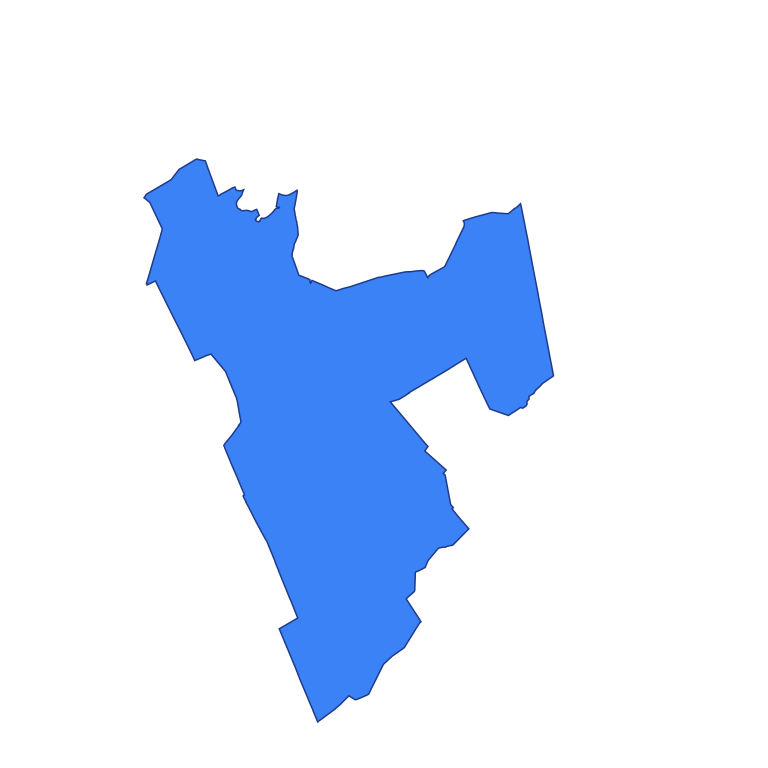 Albesti, Constanta, Romania (Robinson projection), rotated 246°
{"feature_id": "2599482B76974698099004", "entity_name": "Albesti", "entity_type": "district", "adm_level": 2, "iso_a3": "ROU", "parent_name": "Romania", "parent_adm1": "Constanta", "projection": "robinson", "projection_center": [28.424, 43.8], "detail": "fine", "context": "isolated", "style": "filled", "palette": "blue", "viewbox_px": 768, "rotation_deg": 246, "n_neighbors": 0, "source": "geoboundaries", "source_scale": "gbopen_adm2", "svg_char_len": 6063}
<svg xmlns="http://www.w3.org/2000/svg" viewBox="0 0 768 768"><g transform="rotate(246 384 384)"><path d="M102.3,186.0L102.5,186.9L106.1,203.2L107.0,207.0L109.2,214.2L111.5,220.0L112.9,223.9L113.5,225.0L107.9,228.8L107.5,229.1L107.0,230.2L106.9,231.0L106.8,234.8L106.7,242.5L107.0,243.9L128.1,269.4L132.0,280.7L134.9,295.3L148.2,314.8L151.3,319.5L151.8,321.1L178.6,316.9L179.0,317.6L180.2,321.1L181.4,325.4L182.0,327.0L182.5,327.8L183.0,328.2L198.9,335.9L199.2,336.3L199.4,336.7L199.4,337.1L199.3,338.6L199.4,343.2L199.6,346.5L199.7,347.0L200.3,347.7L203.7,351.2L205.0,352.8L211.8,366.8L211.8,367.2L211.2,370.4L210.7,372.3L209.9,373.6L210.1,375.1L209.9,376.3L209.0,380.8L208.8,381.1L209.0,381.8L217.2,402.6L230.9,398.4L242.3,395.3L242.8,397.0L246.9,395.9L275.9,402.8L278.2,401.8L280.1,405.8L306.2,394.0L306.3,394.1L309.0,398.7L319.4,395.6L327.8,393.2L337.0,390.6L365.1,382.5L364.9,383.2L364.9,384.1L364.5,386.5L364.1,390.2L363.9,391.6L363.9,392.4L364.1,393.7L364.3,394.7L364.4,396.0L364.6,397.6L364.9,399.6L365.2,401.1L365.5,403.4L365.6,403.6L365.9,403.4L371.3,449.6L371.6,451.0L373.2,462.5L374.1,469.5L371.9,469.5L368.1,469.6L362.9,469.6L360.1,469.7L349.0,469.8L343.2,469.8L323.3,470.3L318.1,470.5L304.6,484.9L304.9,486.3L305.5,489.9L305.8,492.5L307.0,499.3L305.5,500.7L306.0,504.5L306.3,504.7L306.9,506.1L307.2,506.3L307.7,506.6L309.3,507.2L310.1,507.8L310.3,508.2L310.6,509.0L310.8,509.6L311.3,510.5L311.5,510.6L313.4,511.0L313.5,511.1L313.6,511.3L313.7,512.0L314.3,514.1L314.3,515.8L314.5,516.3L314.8,517.6L316.3,519.4L316.7,520.2L318.6,525.9L320.0,529.0L322.5,542.2L333.6,544.8L341.9,546.7L348.4,548.3L374.2,554.3L382.5,556.4L391.5,558.5L400.2,560.5L403.5,561.4L425.6,566.5L442.4,570.5L447.8,571.7L457.4,574.1L465.6,575.9L467.9,576.4L472.0,577.4L492.4,582.0L493.2,582.0L492.6,580.5L491.2,576.1L491.3,575.2L491.3,574.9L489.1,567.2L489.1,566.8L489.2,566.4L490.4,564.0L493.8,557.7L496.5,553.0L497.0,551.5L498.4,542.2L499.5,535.4L500.5,527.3L500.9,523.3L500.9,522.9L500.7,522.9L500.6,522.7L499.6,522.9L499.1,522.9L498.2,522.7L497.4,522.4L495.6,521.4L494.9,520.6L490.4,515.3L484.3,508.1L483.9,507.6L483.0,506.8L481.1,504.6L467.6,488.5L466.8,487.4L466.7,487.2L466.4,486.3L466.3,485.4L465.3,473.2L465.0,470.5L464.7,469.6L464.5,469.0L464.0,468.2L463.2,467.4L463.3,467.2L470.3,466.8L471.0,466.6L471.3,466.3L472.4,464.4L474.6,458.0L475.0,456.4L475.0,456.0L475.3,455.5L475.9,453.6L476.0,453.3L476.9,451.3L477.8,448.7L478.2,447.3L478.3,446.3L478.4,446.1L481.9,430.1L483.1,423.6L483.2,423.4L483.4,423.3L483.6,423.0L483.7,422.3L486.7,392.0L487.9,385.3L488.6,378.2L494.7,372.4L499.2,368.5L507.3,360.9L507.9,360.3L505.8,358.0L506.2,357.7L507.0,357.9L508.7,358.5L509.3,358.7L510.0,358.1L510.3,358.1L513.3,355.1L516.6,352.0L517.7,350.6L518.0,350.5L520.0,350.6L536.0,351.9L537.0,351.9L537.8,351.9L538.3,352.0L539.0,352.5L540.0,353.0L540.8,353.4L541.5,353.9L543.5,355.5L545.0,356.9L547.1,358.1L547.7,358.5L548.8,359.5L550.6,361.7L551.8,362.8L553.0,364.3L554.7,365.9L555.2,366.2L555.8,366.5L560.3,368.1L561.3,368.4L562.2,368.8L563.3,369.1L564.2,369.2L565.1,369.4L566.7,370.0L567.3,370.2L568.0,370.3L570.2,370.5L572.8,371.3L574.5,371.4L574.7,371.5L575.7,372.0L577.1,372.2L578.4,372.7L579.7,372.9L580.6,373.1L583.9,375.6L593.4,382.0L596.3,383.5L596.5,383.1L595.8,380.1L595.4,374.0L595.8,371.6L597.1,369.3L598.4,367.6L600.7,365.3L597.9,363.3L596.9,362.4L593.2,360.0L591.2,358.7L590.2,357.8L590.0,357.7L589.7,357.7L589.4,358.0L588.8,359.0L588.4,359.4L588.2,359.8L588.1,360.3L587.8,360.3L587.7,360.1L587.6,359.6L587.6,359.1L587.8,358.7L587.9,358.1L587.9,357.8L587.9,357.5L588.0,357.1L588.1,356.8L588.1,356.3L588.0,355.9L587.9,355.7L587.4,354.6L587.2,354.3L586.8,353.4L586.6,353.2L585.7,351.1L585.1,349.0L584.8,348.3L584.1,345.7L584.1,344.8L584.0,344.7L584.0,342.7L584.2,341.8L584.6,340.7L585.2,340.0L585.3,339.6L584.9,338.5L583.6,337.1L583.7,336.6L583.5,336.2L583.0,335.9L583.1,335.4L583.8,334.6L584.4,334.0L584.6,333.6L586.2,333.2L586.5,334.1L587.0,334.3L587.5,334.7L587.8,335.3L588.1,336.0L588.2,336.5L588.5,337.2L588.7,338.2L588.9,338.2L588.9,338.6L589.2,338.6L594.1,338.8L595.1,338.7L595.3,338.7L595.5,337.1L595.3,333.1L595.5,332.7L596.1,332.2L596.8,331.6L598.0,330.0L598.6,328.9L599.2,327.4L599.3,326.5L600.3,324.5L600.8,324.0L601.3,323.6L602.1,323.6L602.3,323.5L602.6,323.2L603.1,322.4L603.8,322.1L605.4,321.9L606.7,322.0L608.0,322.2L609.1,322.7L609.9,323.2L611.4,325.0L612.5,327.0L613.4,328.9L613.7,329.7L614.1,330.4L614.8,331.1L616.7,332.8L618.5,334.8L618.8,331.4L621.0,327.8L624.6,327.9L624.7,325.2L624.7,324.1L624.3,321.4L624.2,320.5L624.2,320.0L624.3,319.4L624.0,318.3L624.0,316.9L623.9,315.6L623.8,312.8L623.8,312.5L623.4,311.3L623.3,309.9L623.3,309.0L646.6,310.5L660.6,311.5L660.9,311.0L661.5,310.1L664.3,306.1L665.3,304.9L665.7,304.2L665.7,303.3L665.2,299.3L663.5,284.6L663.4,284.1L657.4,272.9L657.3,272.4L656.9,270.1L655.6,258.2L655.4,257.0L655.2,254.7L654.7,250.5L654.2,245.6L654.0,244.2L653.8,243.7L651.8,240.8L651.7,240.5L649.4,241.8L647.2,242.8L645.4,243.7L644.8,243.9L618.3,244.5L616.7,244.6L616.1,244.5L615.6,244.3L615.1,244.0L605.9,236.4L597.4,229.1L585.8,219.3L579.0,213.6L572.2,207.7L571.7,208.4L571.2,207.9L570.8,207.8L571.1,217.1L555.7,217.7L531.9,218.7L520.2,219.3L509.8,219.8L490.2,220.5L487.3,220.6L482.4,220.6L482.2,228.4L482.2,232.9L481.7,238.1L459.9,244.3L444.1,243.8L442.1,243.7L438.4,243.7L436.3,243.6L435.1,243.6L433.9,243.5L433.1,243.5L432.9,243.5L431.9,243.7L430.6,243.3L429.3,243.2L426.8,242.7L417.9,240.4L411.8,238.9L408.7,238.2L408.0,238.0L407.4,237.7L406.8,237.1L405.3,234.2L404.9,234.4L402.5,230.0L399.0,224.0L397.7,221.3L396.9,219.8L396.0,217.9L394.5,215.0L393.9,213.9L393.5,213.4L393.1,212.7L389.5,212.5L381.3,212.3L371.3,212.0L358.5,211.9L347.3,211.6L339.4,211.5L339.4,210.2L339.1,209.8L338.6,209.7L337.1,209.7L332.0,210.0L331.9,209.8L328.6,210.1L309.6,211.1L289.9,212.6L288.5,213.0L265.8,212.3L265.7,212.1L256.5,211.8L256.2,211.7L226.0,210.7L224.5,210.8L205.3,210.0L203.0,188.7L202.8,188.7L169.1,187.9L159.1,187.6L145.9,187.0L125.0,186.6L115.5,186.4L114.4,186.3L102.3,186.0Z" fill="#3b82f6" stroke="#1e3a8a" stroke-width="1.5"/></g></svg>